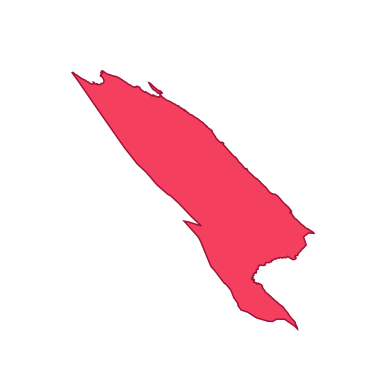 outline of Vadsø nor, Finnmark, Norway, rotated 219°
{"feature_id": "86288312B60394141718177", "entity_name": "Vadsø nor", "entity_type": "district", "adm_level": 2, "iso_a3": "NOR", "parent_name": "Norway", "parent_adm1": "Finnmark", "projection": "robinson", "projection_center": [29.594, 70.269], "detail": "fine", "context": "isolated", "style": "filled", "palette": "rose", "viewbox_px": 384, "rotation_deg": 219, "n_neighbors": 0, "source": "geoboundaries", "source_scale": "gbopen_adm2", "svg_char_len": 5847}
<svg xmlns="http://www.w3.org/2000/svg" viewBox="0 0 384 384"><g transform="rotate(219 192 192)"><path d="M272.2,183.9L252.2,179.4L239.7,178.5L223.7,175.5L209.5,175.0L205.9,175.6L194.9,174.9L176.9,172.5L163.3,171.5L175.5,166.7L179.8,164.4L159.3,161.1L154.7,159.3L130.5,146.1L124.7,145.2L109.5,141.4L107.1,141.7L99.8,140.1L93.2,136.3L86.2,134.2L84.5,132.5L79.5,131.2L73.0,133.7L64.0,134.6L62.1,135.0L54.0,138.4L52.0,139.1L47.9,142.1L46.1,146.5L39.9,151.4L27.7,152.4L23.8,151.9L24.4,152.5L25.8,153.3L26.6,153.8L28.1,154.2L29.6,155.5L30.7,155.9L36.1,156.6L38.4,157.2L41.1,158.2L43.1,158.6L45.0,158.9L46.5,159.2L48.0,159.8L49.3,160.0L54.6,159.7L55.9,159.9L60.1,159.9L61.6,160.1L63.8,160.1L65.0,160.3L66.0,160.3L68.5,160.5L70.7,160.4L71.8,160.5L72.6,160.4L73.5,161.2L75.5,161.5L78.1,162.7L78.5,163.0L78.4,163.2L79.2,163.3L79.5,163.5L80.6,163.4L81.6,163.2L83.2,162.8L83.2,162.7L82.9,162.3L83.8,161.9L83.7,161.5L83.8,161.4L85.2,161.8L85.7,161.3L86.7,161.4L86.9,160.9L87.2,160.7L87.4,160.7L87.7,161.0L87.9,161.3L87.9,162.5L88.3,163.0L89.1,162.9L89.2,162.7L89.0,162.3L89.5,161.9L90.6,161.7L91.0,161.9L91.0,162.1L90.1,162.8L91.1,163.2L91.2,163.6L90.8,164.0L91.9,164.5L91.6,164.9L91.7,165.7L91.5,165.9L91.5,166.1L92.6,166.6L92.4,167.5L92.0,168.1L92.4,168.7L91.3,169.3L91.8,169.8L91.5,170.2L91.5,170.4L93.1,172.1L92.7,172.7L92.5,173.4L92.1,173.7L92.3,174.2L93.5,175.1L93.7,175.5L93.7,176.3L93.2,176.9L93.4,177.5L93.3,177.8L92.3,178.7L91.3,179.1L89.7,180.3L89.7,180.8L89.3,181.1L89.3,181.4L89.5,181.7L89.5,182.3L89.8,182.8L90.3,183.1L90.3,183.4L89.1,184.4L88.9,184.8L87.9,185.3L87.6,185.6L87.5,186.0L87.0,187.0L86.5,187.6L86.4,187.9L87.0,188.6L87.1,188.9L86.1,189.8L86.1,190.8L85.8,191.4L85.8,192.1L85.6,192.3L84.8,192.6L84.4,192.9L84.1,194.4L83.8,194.8L82.9,195.2L82.6,195.5L82.7,196.1L82.6,196.5L80.5,197.4L79.7,198.0L79.4,199.0L79.1,199.4L78.0,199.7L77.6,200.0L77.1,201.4L77.3,202.0L76.4,202.3L74.4,202.3L72.8,202.7L71.2,202.9L70.7,203.1L70.3,203.7L69.7,204.3L69.6,204.6L69.9,205.2L69.4,205.8L69.4,206.1L71.3,206.6L71.4,206.9L71.5,207.6L71.4,207.8L70.3,208.6L70.0,209.2L70.1,210.0L71.0,210.7L70.6,211.7L70.7,212.7L70.3,215.1L70.6,215.7L70.1,218.7L69.9,222.7L77.1,227.3L75.6,233.6L71.2,236.6L72.0,236.9L73.9,236.9L75.7,236.5L78.3,236.4L80.2,235.8L81.3,235.6L84.3,235.9L86.6,235.7L93.3,236.4L95.6,236.2L100.7,237.7L101.6,238.3L101.8,238.8L101.8,239.0L101.9,238.8L101.8,238.5L102.3,237.7L102.5,237.4L102.9,237.5L102.8,237.8L102.5,237.9L102.4,238.4L102.5,238.5L102.2,239.0L102.5,239.1L102.3,239.0L102.4,238.7L102.6,238.7L103.8,239.1L103.9,239.3L104.1,239.7L103.6,240.0L106.4,240.5L107.1,240.8L114.0,241.2L116.6,241.6L118.1,242.0L122.8,242.8L126.1,242.5L126.9,241.8L129.4,240.9L131.3,240.7L134.3,241.2L136.3,241.8L137.9,242.1L138.7,242.0L140.8,242.2L141.8,242.2L142.5,242.3L142.9,242.5L143.5,242.4L145.2,242.8L146.0,242.7L146.8,243.0L148.1,242.8L149.1,243.1L149.3,243.2L149.1,243.3L149.3,243.2L149.8,243.1L149.8,243.3L150.0,243.3L150.1,243.2L149.8,243.0L150.8,242.7L161.1,243.4L162.1,243.6L162.4,243.9L163.5,244.2L163.4,244.3L164.0,244.5L164.2,244.4L163.8,244.1L164.2,243.8L166.0,243.6L171.5,244.7L174.7,244.9L177.7,246.0L180.3,246.4L182.4,246.1L183.4,246.2L190.8,247.5L190.7,247.8L190.9,247.5L195.6,248.3L196.4,248.3L196.5,248.4L197.8,248.6L198.0,249.1L197.7,249.1L197.8,249.3L197.2,249.3L197.8,249.3L197.8,249.5L198.4,249.7L198.9,249.7L198.7,249.8L198.8,249.9L199.5,249.7L200.3,249.3L200.1,248.6L200.8,248.5L203.4,248.5L205.6,248.7L205.7,248.9L206.8,248.8L208.7,249.8L210.5,250.1L210.7,250.3L212.9,250.9L214.2,251.5L214.7,252.2L216.3,252.1L216.9,252.4L217.7,252.0L220.5,252.0L221.3,251.8L222.7,252.2L222.5,252.4L224.9,252.4L225.2,252.6L227.4,252.8L229.0,252.5L233.9,252.5L237.0,251.9L240.4,251.8L242.6,251.0L244.7,251.2L246.7,251.0L247.4,251.2L248.3,251.1L249.4,251.1L249.1,250.8L249.9,250.7L249.7,250.5L251.9,250.6L254.7,250.3L256.7,250.4L257.1,250.2L257.2,249.9L257.8,249.7L260.9,249.5L261.8,249.1L266.1,248.5L269.2,247.5L270.7,247.3L273.6,247.2L274.1,247.1L275.6,247.2L276.8,247.5L278.8,248.3L278.8,249.0L278.3,249.5L277.7,249.5L277.9,249.6L277.7,249.6L277.9,249.7L277.9,249.8L276.8,249.5L277.6,249.8L277.8,250.2L277.7,250.3L279.0,250.6L280.3,250.5L280.0,250.1L280.4,249.9L283.5,249.7L287.0,249.7L292.6,250.1L294.0,250.1L294.4,249.9L292.3,248.9L290.1,248.2L289.5,247.9L287.7,247.4L286.4,247.3L283.2,247.7L281.3,247.3L279.4,247.8L278.6,247.7L277.8,247.2L277.3,246.6L276.9,245.8L277.1,245.7L277.0,245.2L278.0,244.8L278.4,244.3L278.8,244.1L280.2,243.8L280.7,243.5L281.7,243.1L282.6,243.2L283.1,242.9L282.4,242.7L283.0,241.9L283.6,241.5L285.4,241.5L290.1,240.8L289.9,240.7L290.7,240.5L290.5,240.3L291.7,239.7L296.7,239.5L297.5,240.0L299.0,240.4L300.4,239.9L300.3,239.7L300.6,239.5L301.2,239.5L301.7,239.2L301.8,238.7L301.6,238.0L302.1,237.6L302.6,237.6L302.6,237.3L302.9,237.0L303.5,236.9L303.8,236.7L305.2,236.5L306.2,236.2L307.5,236.2L308.3,235.9L310.7,235.6L311.9,235.7L316.1,235.1L316.6,235.2L321.6,234.6L324.1,233.8L325.0,233.1L326.3,232.8L327.3,232.2L330.6,231.1L332.0,230.3L337.7,229.9L338.3,229.4L338.1,229.1L338.2,228.8L337.0,228.7L336.6,228.5L336.8,228.3L336.5,227.7L337.5,227.3L336.9,227.0L336.6,226.5L336.7,225.9L335.9,225.6L335.8,225.2L336.0,224.9L336.9,224.7L336.2,224.5L334.5,225.0L332.0,224.1L330.9,223.5L330.4,223.0L329.7,221.9L329.5,220.8L329.0,220.7L329.5,220.6L330.0,219.8L330.9,219.3L330.8,218.4L331.0,217.9L331.7,216.7L332.8,216.3L333.3,216.6L333.8,216.5L334.2,216.2L334.2,215.8L334.1,215.6L335.4,215.0L336.1,215.1L335.9,215.2L336.3,215.2L336.4,215.4L336.7,215.3L336.6,215.2L336.9,215.2L337.7,215.4L337.9,215.2L337.3,215.1L336.8,214.8L336.8,213.9L337.9,212.8L339.4,212.2L339.7,212.3L341.3,212.1L342.4,212.2L343.2,211.8L344.4,211.6L345.3,211.7L348.1,210.9L352.6,210.4L355.0,210.4L355.7,210.1L358.0,209.9L358.5,210.1L359.8,210.1L360.2,209.3L347.1,205.7L319.1,197.4L272.2,183.9Z" fill="#f43f5e" stroke="#9f1239" stroke-width="1.5"/></g></svg>